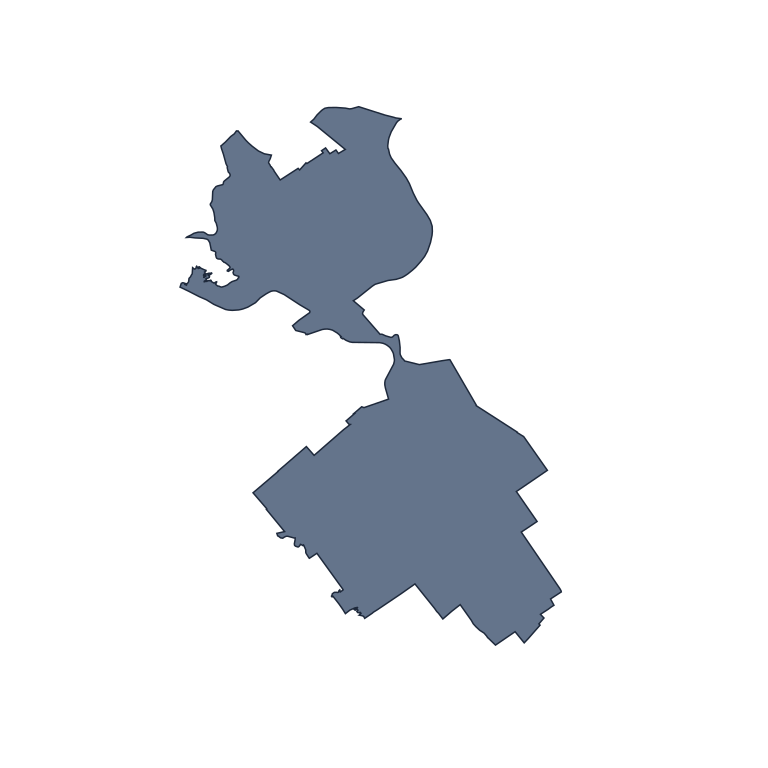 Bertestii De Jos, Braila, Romania, rotated 232°
{"feature_id": "2599482B54803043884513", "entity_name": "Bertestii De Jos", "entity_type": "district", "adm_level": 2, "iso_a3": "ROU", "parent_name": "Romania", "parent_adm1": "Braila", "projection": "natural_earth1", "projection_center": [27.835, 44.83], "detail": "fine", "context": "isolated", "style": "filled", "palette": "slate", "viewbox_px": 768, "rotation_deg": 232, "n_neighbors": 0, "source": "geoboundaries", "source_scale": "gbopen_adm2", "svg_char_len": 6167}
<svg xmlns="http://www.w3.org/2000/svg" viewBox="0 0 768 768"><g transform="rotate(232 384 384)"><path d="M362.5,450.9L362.9,450.6L366.6,444.1L377.5,423.8L389.5,414.4L390.7,414.5L393.7,414.2L397.1,414.9L398.5,415.7L402.9,419.2L408.6,422.7L413.0,424.8L413.8,425.0L414.9,424.6L415.8,423.4L416.1,422.1L415.8,419.7L416.4,418.2L421.0,414.9L424.3,413.2L425.1,412.3L425.5,411.5L451.6,410.1L452.5,410.3L453.4,411.3L453.8,412.0L454.5,414.0L468.5,411.1L468.1,416.0L468.3,435.1L468.0,438.5L463.1,450.9L459.0,458.0L457.5,461.9L456.7,464.4L456.3,467.6L456.1,470.8L456.2,476.4L456.5,480.8L458.0,488.8L459.5,494.5L461.9,500.1L466.9,507.8L471.7,513.5L474.5,516.1L478.7,519.1L484.4,521.2L491.0,522.1L505.2,522.7L508.4,523.0L516.4,524.6L526.4,527.4L532.7,528.4L541.9,528.8L551.4,528.6L557.8,528.9L561.7,529.9L566.4,532.2L567.1,532.1L569.4,533.6L573.4,537.6L575.1,539.7L578.3,545.0L582.2,554.7L582.6,556.7L582.6,557.9L582.5,560.2L582.1,561.3L586.5,557.0L587.9,556.1L595.5,550.2L618.1,534.8L620.8,528.2L621.9,526.3L625.2,523.4L631.5,516.4L636.1,510.3L637.7,507.2L638.0,504.2L637.9,502.4L637.3,497.1L635.9,491.8L635.6,487.4L628.2,489.9L592.7,497.9L593.7,490.0L598.0,490.2L598.8,483.1L606.0,483.3L606.3,478.4L603.6,478.4L605.2,459.0L606.3,458.7L604.6,449.3L606.8,449.1L608.7,427.8L619.5,428.5L620.3,428.8L624.6,428.9L624.9,428.5L626.6,429.0L629.3,429.2L630.3,430.3L631.6,433.1L633.7,436.2L639.1,431.4L645.0,428.5L652.6,426.5L657.5,425.6L661.0,425.2L673.4,424.8L673.8,423.7L674.3,423.5L673.3,420.1L673.4,415.6L672.3,407.9L672.0,402.0L669.6,400.9L663.9,398.9L654.8,395.1L651.5,394.4L651.0,393.6L647.4,392.0L646.8,391.8L645.2,392.0L643.6,391.6L642.9,391.0L642.4,389.5L642.3,383.2L642.0,382.0L640.7,380.5L640.4,379.7L642.6,374.7L643.0,373.1L642.1,369.2L641.2,367.6L634.9,362.2L633.7,360.6L632.8,358.0L632.1,357.4L627.1,356.8L623.7,355.5L619.4,353.1L616.9,351.3L614.0,350.8L610.3,349.2L608.9,348.3L607.8,347.3L607.0,346.0L606.2,344.0L606.3,342.0L606.7,341.0L608.7,338.3L610.1,337.0L613.5,335.9L614.7,335.3L615.3,334.7L618.1,331.0L619.8,327.0L620.2,323.8L621.2,319.3L621.1,318.5L619.1,321.4L615.3,325.2L610.2,331.1L607.2,333.6L605.8,334.1L602.6,333.7L595.8,330.3L592.8,332.2L592.0,332.5L591.5,332.5L590.9,332.2L590.0,331.1L587.2,329.8L586.1,329.6L584.7,330.2L583.0,332.1L581.6,332.5L580.1,332.5L579.3,332.8L578.5,332.8L577.3,333.6L572.7,334.7L571.2,334.7L570.4,334.3L570.1,332.1L570.1,330.5L569.5,330.1L568.5,330.8L568.4,333.2L567.8,335.5L567.5,335.7L566.4,335.6L565.5,334.9L564.8,333.7L563.3,333.1L562.5,333.1L561.7,333.4L559.6,334.8L558.4,335.8L557.9,335.7L557.2,334.9L557.3,334.2L556.7,333.2L556.7,331.7L558.2,327.5L558.5,325.1L558.4,321.7L559.1,318.8L560.3,315.7L561.0,315.2L561.3,314.9L562.7,314.2L563.7,313.2L565.5,312.8L566.4,312.8L567.1,314.6L567.6,315.0L568.0,314.0L568.0,312.8L568.3,312.1L570.9,311.1L571.4,311.0L571.9,311.5L572.5,311.4L573.0,309.7L573.7,309.2L573.9,307.5L574.5,306.9L575.2,305.3L575.6,305.5L575.7,305.8L575.3,308.2L576.4,308.4L576.8,308.8L575.9,310.0L575.5,311.9L576.3,312.8L578.0,312.4L578.3,312.7L577.3,313.8L577.1,315.8L577.2,316.4L577.7,316.5L578.2,315.3L579.1,314.3L580.0,311.9L580.4,311.6L580.6,311.0L580.3,309.8L580.1,309.6L579.4,309.6L579.4,310.4L578.8,310.3L578.7,310.0L578.8,309.6L579.5,309.1L579.4,308.6L578.9,308.3L578.7,308.0L579.0,307.7L579.7,308.4L580.6,308.6L580.9,309.0L581.0,309.5L581.2,309.4L581.3,309.7L581.3,310.9L582.2,311.7L582.7,311.6L582.6,313.1L583.1,313.7L584.7,312.7L587.8,311.1L590.1,310.6L590.3,310.3L590.1,309.9L589.0,309.6L589.4,308.7L589.7,308.7L590.0,309.0L590.4,308.8L592.1,308.9L591.9,308.1L591.0,307.2L591.0,305.6L591.5,305.3L593.5,304.8L588.9,300.7L588.5,299.4L587.6,297.5L587.3,295.4L585.0,293.1L584.6,292.3L584.1,289.9L583.5,289.2L585.1,288.3L585.6,289.0L584.2,289.9L584.4,290.8L584.5,290.2L585.1,289.6L587.0,288.4L587.8,287.6L588.1,286.2L585.9,282.9L577.5,287.1L566.5,292.2L559.7,295.9L551.6,298.9L549.5,300.0L540.3,305.0L538.1,306.9L535.5,309.7L531.9,315.0L530.7,317.4L529.9,319.3L528.4,324.0L527.2,332.8L528.1,339.6L527.6,346.5L527.1,349.8L526.6,352.1L525.7,353.9L524.6,355.4L523.4,356.5L515.9,360.4L498.3,366.4L488.4,370.3L487.6,370.5L486.9,370.4L486.0,369.4L486.6,356.3L486.2,347.8L480.5,347.4L473.3,353.0L472.4,353.3L470.9,353.0L470.5,354.2L470.1,354.1L465.0,368.8L463.8,371.0L462.2,373.2L460.3,375.0L458.1,376.6L453.1,378.5L450.9,379.0L448.0,379.4L448.2,378.9L447.2,378.5L445.2,379.1L445.2,379.8L441.7,381.0L438.3,382.9L436.3,384.7L419.2,406.1L416.7,408.3L414.6,409.5L412.6,410.3L409.4,411.1L407.3,411.1L403.8,410.6L402.1,410.1L396.9,407.3L395.6,406.2L393.7,403.8L386.7,388.1L386.1,387.1L384.5,385.4L382.8,384.1L379.9,382.6L369.3,378.3L377.7,353.7L379.8,352.4L379.3,342.0L378.8,342.5L378.3,331.4L373.8,331.6L372.9,332.5L372.9,324.0L370.8,285.0L382.5,284.3L380.6,246.7L380.3,246.7L378.9,213.8L357.8,214.8L357.6,214.7L357.6,214.1L328.9,214.8L332.3,207.6L329.8,206.7L328.8,207.2L326.4,207.8L324.8,209.3L324.7,211.4L324.2,213.2L323.3,214.4L317.8,218.5L317.4,219.2L316.3,218.4L313.2,214.9L311.9,214.2L310.7,214.4L308.7,215.7L308.3,216.3L308.3,217.0L308.7,218.8L309.1,219.4L308.4,219.9L306.6,220.6L306.8,221.4L306.4,221.5L301.5,220.2L299.5,218.7L298.4,218.3L292.9,217.8L292.6,217.9L291.9,226.9L247.2,225.2L246.9,224.9L247.0,221.5L247.5,221.3L248.4,222.2L249.0,222.4L248.9,221.3L248.0,219.9L248.1,219.3L249.2,218.2L250.4,216.6L250.5,214.1L249.5,212.9L249.2,212.0L248.2,212.0L248.1,213.1L238.5,213.1L232.2,212.8L226.8,212.2L226.8,217.9L225.5,223.2L224.4,225.4L224.2,225.4L225.1,221.6L223.5,222.0L223.0,224.3L221.8,224.2L221.4,222.5L219.8,222.7L218.5,224.8L217.4,224.6L217.5,223.3L217.0,223.2L217.1,222.2L214.7,224.2L213.4,224.9L211.2,224.5L210.6,233.5L210.7,235.2L210.2,239.8L208.2,268.5L207.4,285.3L176.2,285.7L172.3,285.5L169.8,285.8L162.6,285.7L163.2,297.7L163.2,308.2L144.0,307.3L140.1,306.7L136.0,307.0L131.0,307.8L126.1,309.5L122.2,309.7L120.2,309.5L119.8,309.7L109.6,311.1L108.1,334.8L93.7,335.1L94.5,340.6L97.9,358.5L99.6,358.4L101.1,366.0L106.2,365.5L105.4,374.6L105.3,378.8L105.0,381.7L112.1,382.9L111.0,395.7L112.0,396.2L114.4,396.6L182.8,401.0L181.4,420.0L217.8,422.1L215.4,459.6L256.5,461.7L263.8,459.0L264.0,459.4L310.2,443.3L310.4,443.7L362.5,450.9Z" fill="#64748b" stroke="#1e293b" stroke-width="1.5"/></g></svg>